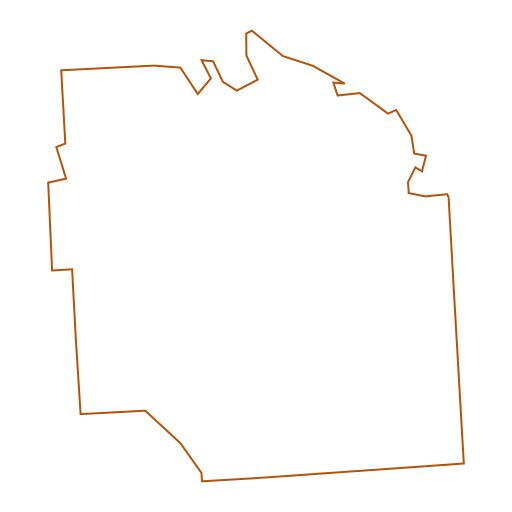 outline of Onondaga, New York, United States of America
{"feature_id": "52423323B60762350977788", "entity_name": "Onondaga", "entity_type": "district", "adm_level": 2, "iso_a3": "USA", "parent_name": "United States of America", "parent_adm1": "New York", "projection": "equal_earth", "projection_center": [-76.181, 43.021], "detail": "fine", "context": "isolated", "style": "outline", "palette": "amber", "viewbox_px": 512, "rotation_deg": 0, "n_neighbors": 0, "source": "geoboundaries", "source_scale": "gbopen_adm2", "svg_char_len": 663}
<svg xmlns="http://www.w3.org/2000/svg" viewBox="0 0 512 512"><path d="M463.8,463.5L453.5,284.5L448.6,197.4L447.1,194.2L425.3,196.4L408.7,193.1L408.0,182.2L415.4,167.4L422.0,171.3L426.0,155.7L414.2,153.6L411.5,135.8L396.2,110.0L388.0,113.6L359.8,93.1L337.6,95.5L333.4,82.6L344.7,83.6L312.8,65.8L282.9,56.1L251.9,30.7L246.2,33.5L246.4,55.5L257.7,79.7L236.8,90.6L222.9,81.9L213.1,61.3L201.6,60.2L210.9,78.4L197.8,94.0L180.3,67.6L154.0,65.6L61.2,70.3L65.3,143.6L56.3,147.0L66.1,178.6L48.2,182.6L52.1,270.5L72.1,269.3L75.8,338.5L80.6,414.1L145.2,410.7L180.5,443.3L201.5,473.0L202.0,481.3L256.5,478.1L463.8,463.5Z" fill="none" stroke="#b45309" stroke-width="2"/></svg>